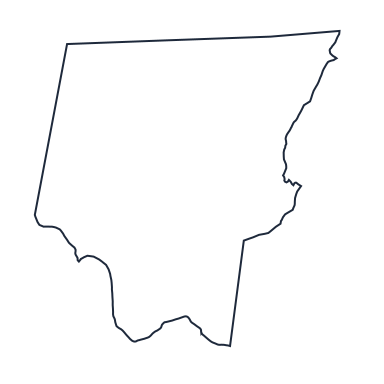 outline of Morne Paul, Laborie, Saint Lucia, rotated 266°
{"feature_id": "8701671B65386836314559", "entity_name": "Morne Paul", "entity_type": "district", "adm_level": 2, "iso_a3": "LCA", "parent_name": "Saint Lucia", "parent_adm1": "Laborie", "projection": "albers", "projection_center": [-61.012, 13.766], "detail": "fine", "context": "isolated", "style": "outline", "palette": "slate", "viewbox_px": 384, "rotation_deg": 266, "n_neighbors": 0, "source": "geoboundaries", "source_scale": "gbopen_adm2", "svg_char_len": 3639}
<svg xmlns="http://www.w3.org/2000/svg" viewBox="0 0 384 384"><g transform="rotate(266 192 192)"><path d="M341.5,281.2L345.0,179.0L348.3,77.7L180.1,33.6L179.9,33.7L178.4,34.0L176.9,34.5L172.9,35.8L171.4,36.6L169.8,37.5L167.8,41.5L167.6,44.8L167.2,49.8L166.6,52.1L166.0,53.8L164.0,57.4L162.8,58.4L159.5,60.5L157.0,61.6L153.1,64.0L150.3,65.5L149.7,65.9L147.0,68.5L145.1,70.5L144.9,70.8L142.7,71.8L141.7,71.8L140.4,71.6L139.2,71.3L137.7,71.5L134.3,73.2L133.6,73.2L131.9,73.2L130.5,74.3L132.5,76.2L132.9,76.4L133.9,78.6L134.4,79.5L135.7,83.2L134.9,87.1L134.4,89.4L131.2,94.6L129.5,96.6L125.3,101.2L120.7,103.4L116.1,104.6L113.8,104.8L109.8,105.4L107.1,105.5L102.6,105.5L100.5,105.3L96.5,105.4L92.9,105.3L88.5,105.3L84.7,105.0L81.1,105.0L77.8,104.9L75.5,104.7L73.5,104.9L71.1,105.9L69.8,106.2L67.4,106.4L63.6,107.3L62.7,108.1L61.4,109.6L61.0,110.2L60.1,111.6L58.8,113.0L57.3,114.2L55.8,115.3L54.8,116.0L53.2,117.2L52.0,118.2L50.6,119.3L50.0,119.7L47.8,121.9L47.1,123.2L46.8,124.1L46.8,124.8L46.8,125.5L47.2,126.4L47.6,127.3L47.8,128.1L47.9,129.0L48.2,130.2L48.4,131.3L48.6,132.4L48.8,133.4L48.9,134.1L49.1,134.8L49.2,135.2L49.6,136.6L49.7,137.2L50.0,138.1L50.5,139.3L50.9,139.8L51.3,140.4L52.0,141.2L52.8,142.0L53.2,142.4L53.8,143.1L54.5,144.1L54.9,144.7L55.4,145.5L55.6,146.0L55.9,146.7L56.2,147.6L56.6,148.3L57.0,149.0L57.3,149.5L57.7,150.2L58.1,150.8L58.7,151.4L59.0,151.7L59.9,152.1L61.0,152.5L61.6,152.8L62.0,153.1L62.6,153.8L63.1,154.3L63.4,154.7L63.8,155.2L64.0,155.7L64.1,157.2L64.5,159.6L64.9,161.8L65.1,163.1L66.1,166.8L66.7,169.8L67.3,171.9L67.8,173.7L68.1,174.8L68.3,175.6L68.4,176.3L68.4,176.7L68.4,177.3L68.2,177.8L68.1,178.2L67.7,178.9L67.2,179.4L66.3,180.1L65.1,180.8L63.7,181.4L62.8,181.8L62.2,182.3L61.5,183.0L60.9,183.8L59.9,185.1L57.8,187.5L56.4,189.3L55.5,190.4L54.5,191.1L54.0,191.3L53.5,191.4L52.9,191.4L53.2,191.3L51.3,191.4L51.5,191.5L50.8,191.7L50.2,191.8L49.5,192.3L49.0,192.7L48.1,193.7L44.0,197.8L42.6,199.3L41.8,200.2L41.1,201.1L40.5,202.1L40.1,202.9L39.6,204.0L39.4,204.4L38.9,205.4L38.4,206.3L37.9,207.4L37.7,208.4L37.6,209.3L37.6,210.5L37.4,212.5L37.3,213.3L37.0,214.5L36.7,215.7L36.5,216.8L36.2,217.8L36.0,218.4L35.7,219.2L139.9,240.3L141.6,246.3L142.5,249.7L144.6,255.9L145.2,261.6L145.8,265.3L147.3,267.5L151.5,273.3L154.2,278.1L156.8,278.7L157.9,279.6L160.5,281.0L163.2,283.3L164.4,285.6L166.2,289.2L167.2,291.2L169.0,292.0L171.6,293.4L173.0,293.7L175.2,293.9L178.8,294.4L182.8,295.9L185.2,297.0L188.0,299.3L190.3,301.2L192.3,298.5L194.0,296.7L194.1,295.7L193.5,294.7L191.7,293.6L193.1,292.2L195.3,291.2L197.3,289.5L195.7,288.4L195.0,286.9L195.9,285.4L197.1,284.9L198.4,285.3L200.5,285.0L202.2,284.0L203.5,284.9L206.1,286.2L209.2,287.7L211.3,287.8L213.1,287.7L214.6,287.2L218.1,286.0L220.8,286.0L225.1,286.2L228.0,287.0L229.6,288.0L231.7,288.4L233.4,289.5L234.2,289.4L236.2,289.4L238.2,289.1L239.2,289.2L240.4,289.6L241.8,290.2L243.0,290.9L244.8,292.3L246.5,293.7L248.1,294.7L249.2,295.3L249.8,295.8L250.9,296.3L252.1,297.0L253.7,297.9L254.4,298.4L255.0,299.0L255.9,300.3L257.0,301.3L258.3,302.2L261.2,303.8L263.1,305.1L265.4,306.6L267.1,307.6L269.6,309.0L270.8,309.7L274.2,316.1L277.4,317.5L280.8,318.8L283.1,319.8L284.6,320.5L288.6,323.2L290.4,324.5L293.4,326.2L296.7,327.7L299.5,329.2L303.6,330.9L305.6,332.0L310.6,335.4L311.5,336.2L312.0,336.5L312.5,337.3L313.1,339.2L313.4,340.5L313.7,342.5L314.6,344.0L315.3,345.5L316.4,344.3L317.6,342.5L318.5,341.5L320.4,339.8L321.1,339.5L323.9,339.2L325.0,339.7L326.0,340.8L326.9,341.5L327.9,342.2L328.7,343.1L331.3,345.4L332.8,346.1L335.8,347.6L337.0,348.3L339.2,349.8L340.6,350.1L342.4,350.4L341.5,281.2Z" fill="none" stroke="#1e293b" stroke-width="2"/></g></svg>